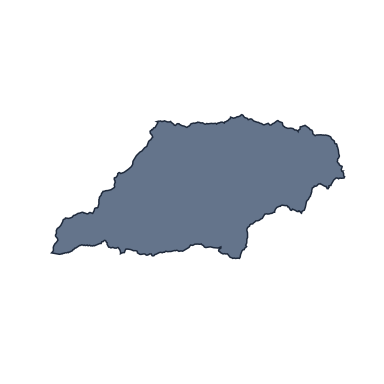 Gura Teghii, Buzau, Romania, rotated 252°
{"feature_id": "2599482B83028603029386", "entity_name": "Gura Teghii", "entity_type": "district", "adm_level": 2, "iso_a3": "ROU", "parent_name": "Romania", "parent_adm1": "Buzau", "projection": "albers", "projection_center": [26.43, 45.616], "detail": "fine", "context": "isolated", "style": "filled", "palette": "slate", "viewbox_px": 384, "rotation_deg": 252, "n_neighbors": 0, "source": "geoboundaries", "source_scale": "gbopen_adm2", "svg_char_len": 6077}
<svg xmlns="http://www.w3.org/2000/svg" viewBox="0 0 384 384"><g transform="rotate(252 192 192)"><path d="M193.2,343.7L193.8,343.0L194.4,342.8L196.5,343.1L199.3,341.2L201.6,340.9L203.5,339.0L204.9,336.6L205.2,335.0L205.7,334.4L205.8,333.6L206.5,332.5L207.8,327.8L207.5,326.6L207.7,326.3L210.1,324.9L212.1,325.4L213.8,325.1L214.9,323.5L216.1,323.3L220.5,320.1L220.3,319.0L220.5,317.9L220.2,316.5L220.5,315.8L220.5,315.0L218.3,314.1L217.9,312.3L216.7,311.6L217.4,311.4L218.7,310.3L219.3,308.8L221.1,307.7L222.2,305.7L222.9,302.8L225.0,300.2L225.5,300.1L226.6,299.2L228.1,299.0L229.5,299.3L230.1,299.2L232.1,296.6L233.3,295.9L233.5,295.3L233.0,293.7L232.1,291.3L232.1,290.1L231.3,287.8L231.7,286.7L233.8,285.7L233.6,281.4L234.0,280.5L235.6,279.3L236.5,277.7L237.7,276.8L238.1,275.7L240.5,272.6L242.9,271.3L243.5,270.0L243.3,268.2L243.5,267.7L244.8,267.5L246.5,265.2L248.1,264.4L248.9,264.4L250.2,263.3L250.0,262.2L249.4,261.1L249.3,258.9L249.6,258.5L249.6,257.7L249.2,256.3L249.4,255.0L249.3,254.4L251.3,251.8L249.9,251.0L249.8,249.9L248.7,248.1L248.9,247.7L248.4,246.1L248.5,244.8L247.6,244.1L249.0,242.5L249.5,241.1L249.4,240.1L249.2,239.6L249.5,239.1L249.4,238.4L249.6,238.1L249.0,236.3L249.9,235.9L250.1,235.4L250.6,233.0L251.3,231.7L251.9,228.1L252.6,227.3L252.3,225.8L252.8,224.9L254.5,223.5L255.0,221.5L255.7,220.9L256.7,218.9L256.4,218.2L256.6,217.2L256.4,216.7L256.6,215.6L257.0,215.1L257.2,212.4L256.9,211.5L256.2,210.9L255.6,209.8L255.7,209.2L255.0,207.1L257.1,204.9L258.1,203.1L260.2,201.0L260.9,200.8L261.0,200.2L261.4,199.8L261.4,198.6L260.4,196.9L261.0,195.8L262.0,195.6L264.8,193.7L265.7,193.5L265.6,192.2L266.2,190.3L268.2,187.8L268.0,186.7L268.3,186.3L268.2,185.2L269.3,184.0L269.3,183.2L269.7,182.1L269.8,180.2L269.1,181.0L268.5,181.0L264.7,176.8L264.8,175.3L263.5,173.7L263.8,173.0L263.4,172.7L262.8,170.9L260.7,170.5L258.5,171.5L256.3,171.6L255.5,170.1L254.5,169.1L254.1,167.5L253.5,166.4L249.3,163.1L248.7,160.6L246.4,156.9L246.1,154.9L243.8,150.4L239.5,145.4L236.6,144.1L234.9,142.2L233.3,138.5L231.7,133.5L231.6,129.9L232.8,129.2L233.0,128.4L232.4,127.0L231.2,126.6L229.8,125.0L229.3,124.0L229.5,123.2L229.3,122.4L227.7,121.9L226.5,122.3L225.8,122.0L225.0,122.1L224.3,121.3L222.6,120.2L221.0,120.1L220.3,119.6L219.2,115.7L219.4,112.4L219.9,110.5L219.8,108.7L220.1,107.5L219.2,106.8L218.7,105.6L217.0,104.6L215.6,102.3L214.4,101.9L213.2,100.9L212.5,100.9L211.3,100.3L209.9,100.0L206.5,97.8L206.2,97.1L206.6,95.8L206.4,94.4L204.4,93.1L202.3,90.9L204.1,88.6L204.0,87.8L203.5,86.7L203.6,85.5L205.4,83.2L205.3,82.8L206.4,82.0L206.7,81.2L206.6,78.5L206.9,77.0L206.1,73.6L206.3,72.2L205.7,71.1L205.1,70.5L204.9,68.5L205.0,66.5L206.4,63.6L205.7,63.0L205.6,61.5L205.2,60.7L203.9,60.0L200.7,56.8L199.6,54.9L198.9,52.6L197.2,51.0L194.5,50.3L193.4,49.0L192.4,48.6L190.4,49.2L189.7,49.7L187.6,49.6L185.7,47.0L185.3,45.9L183.6,44.0L182.3,43.0L179.4,42.2L178.5,41.4L177.5,39.6L173.7,46.7L173.4,48.9L173.6,49.3L173.2,49.8L173.5,50.4L173.2,51.5L173.4,52.6L172.9,53.9L173.0,55.1L172.5,55.7L172.9,56.4L172.6,57.3L173.0,57.9L172.9,58.4L173.1,60.0L173.8,60.7L174.0,61.2L173.8,61.7L174.8,63.2L174.6,64.1L175.9,68.7L175.6,69.6L175.9,70.7L175.3,71.8L174.8,72.1L174.7,73.4L174.1,73.8L173.9,75.3L174.0,75.9L173.0,76.5L173.0,78.3L172.0,79.0L171.8,80.3L171.3,80.9L171.5,82.1L171.0,82.6L171.5,88.3L171.1,89.7L172.5,90.8L172.5,91.6L172.3,92.1L173.1,93.7L172.5,94.8L170.6,95.1L170.0,95.6L168.6,95.1L165.3,95.7L165.1,96.4L163.9,97.6L163.8,99.6L162.6,101.0L162.0,102.6L162.2,104.1L161.9,104.7L158.7,105.6L156.6,105.4L155.4,104.9L155.7,106.3L155.5,108.5L155.3,109.0L157.2,110.4L158.1,111.5L157.5,113.4L156.1,116.1L154.3,118.1L153.6,120.3L152.8,121.4L152.2,121.6L151.0,121.3L148.8,123.2L148.4,124.2L148.0,127.2L147.5,128.1L146.1,129.0L145.8,129.8L145.8,131.4L146.2,132.4L145.7,134.1L143.9,134.3L143.3,135.1L143.2,136.2L144.0,137.3L143.9,138.4L144.5,142.3L144.3,143.7L143.4,144.9L143.6,146.1L143.2,147.2L143.8,148.8L142.7,150.5L142.4,152.1L141.9,153.6L141.8,157.2L141.3,157.9L141.4,159.1L140.9,160.1L139.6,161.2L139.4,163.3L138.6,164.8L140.2,172.0L142.0,174.2L141.1,176.0L141.1,177.2L141.5,178.1L141.4,179.0L140.7,181.4L139.8,183.5L139.7,184.8L138.8,185.1L137.5,186.3L135.8,186.8L134.9,188.0L134.2,192.5L132.4,195.3L130.6,199.6L130.9,202.5L129.8,202.2L129.0,199.9L128.0,199.2L127.2,199.3L126.6,200.1L126.1,200.1L125.3,200.6L123.5,202.4L123.3,204.0L122.8,204.6L122.2,206.6L118.1,208.1L117.1,209.6L116.3,210.1L116.1,211.8L115.4,212.7L114.8,215.6L114.2,216.6L115.2,217.7L117.4,218.8L120.5,221.3L121.2,222.5L121.1,223.9L122.1,224.5L123.2,227.1L124.8,226.6L126.6,228.3L130.2,229.6L131.6,230.8L136.1,232.2L138.7,232.3L139.9,232.9L141.1,234.0L141.8,236.2L143.0,237.0L143.3,238.1L142.9,239.9L143.6,240.9L144.0,242.3L144.8,243.7L144.3,245.9L144.4,247.6L144.9,248.5L145.2,250.7L148.4,254.3L148.2,256.3L147.6,257.2L147.3,258.7L147.3,260.3L147.0,261.4L147.5,263.5L147.2,264.3L148.4,264.8L149.9,266.1L151.1,267.9L151.4,270.6L151.1,271.6L151.5,272.0L151.7,273.6L150.2,276.5L149.8,278.0L148.7,278.6L148.3,278.5L148.2,279.0L147.6,279.4L144.4,280.1L143.8,281.1L144.7,282.2L142.9,284.3L140.9,286.0L140.7,286.8L141.1,287.5L141.0,288.0L140.6,288.3L140.3,288.1L140.2,288.5L139.6,289.0L138.8,289.0L138.0,289.6L139.5,290.6L139.9,291.9L140.0,293.2L142.5,295.1L147.5,297.9L148.4,299.0L149.0,300.4L150.7,302.0L151.5,303.4L152.3,303.7L153.6,304.9L154.6,305.3L155.0,305.9L156.2,306.2L158.7,307.7L158.9,309.3L159.8,310.1L159.2,311.6L159.4,312.8L160.5,314.7L160.3,315.8L159.8,316.7L160.0,316.8L157.0,319.5L155.9,320.8L155.9,321.2L153.4,321.6L153.1,322.7L154.3,323.3L154.2,323.8L155.6,324.2L155.3,326.2L155.9,326.4L159.6,330.5L160.8,333.4L160.3,334.6L159.3,335.5L159.6,335.7L159.5,337.1L158.9,338.3L158.3,340.9L159.4,341.9L160.0,341.4L160.9,341.3L162.6,341.9L164.7,341.8L165.1,341.3L165.3,341.8L165.5,341.1L167.2,340.8L169.7,342.7L170.3,342.5L171.0,341.4L172.4,340.5L173.8,340.5L174.7,339.8L176.0,339.5L176.7,340.1L178.0,340.5L178.7,341.0L179.0,341.9L180.5,343.2L181.3,343.4L182.8,343.3L186.5,344.1L190.0,344.3L190.6,343.9L191.6,344.4L193.1,344.3L193.2,343.7Z" fill="#64748b" stroke="#1e293b" stroke-width="1.5"/></g></svg>